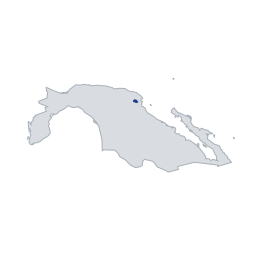 Mixtlán, Jalisco, Mexico (highlighted), rotated 164°
{"feature_id": "50627088B12343009678657", "entity_name": "Mixtlán", "entity_type": "district", "adm_level": 2, "iso_a3": "MEX", "parent_name": "Mexico", "parent_adm1": "Jalisco", "projection": "albers", "projection_center": [-104.454, 20.522], "detail": "fine", "context": "in_parent", "style": "filled", "palette": "blue", "viewbox_px": 256, "rotation_deg": 164, "n_neighbors": 0, "source": "geoboundaries", "source_scale": "gbopen_adm2", "svg_char_len": 4464}
<svg xmlns="http://www.w3.org/2000/svg" viewBox="0 0 256 256"><g transform="rotate(164 128 128)"><path d="M38.0,66.5L52.4,66.3L51.7,67.6L73.9,76.8L90.9,77.3L91.0,74.3L101.5,74.5L103.3,76.7L110.7,82.6L112.4,87.6L113.8,89.5L120.8,93.3L123.0,91.9L124.6,88.2L126.7,87.4L131.8,87.9L136.0,91.9L139.0,97.6L144.0,102.8L144.4,106.2L146.7,110.3L157.6,113.8L159.0,113.2L156.2,124.1L155.6,137.1L156.2,139.8L159.3,143.4L158.7,145.5L158.8,143.4L156.3,140.4L157.2,143.3L160.3,149.2L165.3,154.9L166.6,158.4L170.1,162.0L169.2,161.9L171.1,162.7L170.5,162.2L174.0,162.5L176.6,163.6L179.0,165.9L184.8,163.7L189.1,163.1L191.9,161.5L195.0,161.0L195.6,161.5L195.5,162.2L198.0,162.5L199.6,161.2L199.0,159.4L198.2,159.9L198.4,159.5L202.6,156.0L202.7,153.3L203.9,151.7L203.6,147.5L204.2,144.4L207.4,142.2L213.3,140.7L215.9,139.4L218.8,138.9L223.7,139.4L224.0,138.7L222.8,138.8L224.4,138.2L226.5,139.3L227.0,141.1L226.3,143.8L223.5,147.9L223.6,150.4L222.2,152.2L222.5,152.7L223.9,152.3L222.6,154.1L222.7,154.7L223.7,154.4L222.4,161.0L221.9,161.6L220.7,160.3L220.3,157.9L219.1,160.5L217.6,160.9L216.1,164.3L213.9,164.5L213.9,165.6L201.9,166.6L202.2,170.5L199.4,170.7L206.5,176.1L206.5,178.3L197.9,179.0L195.2,184.7L196.2,186.0L195.4,189.7L188.7,184.0L183.5,180.2L180.3,178.8L180.0,179.2L182.9,180.4L178.5,179.5L178.7,178.4L177.6,178.9L176.8,178.1L176.1,179.1L177.6,179.5L175.3,179.8L173.2,181.3L166.4,183.9L161.8,182.3L158.0,182.1L155.4,180.6L152.8,180.0L151.2,178.5L145.0,177.4L137.3,174.3L132.2,171.3L130.1,169.2L125.0,168.5L120.1,166.8L117.0,163.3L110.3,160.0L106.8,155.4L105.6,152.5L108.3,151.2L107.8,150.0L106.7,149.6L108.4,147.5L108.6,144.9L107.2,144.1L105.8,141.5L105.9,139.2L104.9,137.1L101.1,133.1L97.8,128.4L92.6,124.2L94.1,125.0L94.2,124.1L91.5,123.2L89.5,119.9L90.9,120.1L86.9,117.8L86.4,116.7L84.9,117.1L84.6,116.6L85.8,115.4L83.9,116.3L82.7,115.3L82.5,113.2L84.0,111.4L84.5,111.8L83.5,109.8L82.3,108.6L80.6,108.5L79.5,105.9L77.5,105.3L76.3,104.2L75.5,101.9L76.1,100.4L72.5,99.6L66.4,92.1L66.2,90.4L65.2,89.8L61.6,80.8L61.3,78.1L61.8,77.2L58.4,75.9L57.7,74.4L56.6,73.9L55.3,74.6L50.8,71.7L51.6,73.4L50.8,76.7L51.7,79.4L52.3,84.5L56.9,89.3L58.3,92.3L59.0,92.3L59.3,93.2L60.0,93.3L60.6,95.3L61.9,96.0L62.5,100.1L64.9,102.3L65.7,104.6L66.8,105.4L67.5,108.2L68.5,108.9L68.0,106.9L69.4,108.1L70.8,114.5L72.4,116.3L74.4,120.9L74.0,122.8L74.4,124.6L76.2,126.3L76.9,124.6L82.0,130.8L81.5,132.9L79.3,134.5L78.2,134.7L76.1,129.7L68.0,122.8L67.3,122.9L65.7,120.8L65.4,119.3L66.0,116.3L65.4,113.4L64.2,111.2L60.3,108.5L59.6,106.0L58.9,107.0L56.8,107.4L55.4,105.6L51.8,103.7L51.3,102.2L48.6,99.9L48.4,99.2L51.3,99.8L52.9,99.2L52.9,99.9L54.3,100.7L53.8,99.0L53.2,98.8L54.7,95.6L49.7,88.9L45.4,85.9L44.7,84.4L44.8,82.1L43.8,81.3L43.5,78.6L42.2,77.4L42.1,75.8L40.3,73.2L40.1,72.1L40.7,71.3L39.4,70.2L38.0,66.5ZM66.2,92.2L65.7,93.8L64.2,93.2L64.9,90.8L65.8,90.6L66.2,92.2ZM60.4,91.6L58.4,89.8L58.0,87.9L59.0,88.6L59.2,89.6L60.2,89.9L60.4,91.6ZM226.6,147.1L226.0,146.6L226.2,145.8L227.5,145.1L226.6,147.1ZM65.7,122.8L64.2,121.0L65.3,117.7L64.9,120.7L65.7,122.8ZM47.7,97.6L46.6,97.3L47.4,95.5L47.9,96.9L47.7,97.6ZM29.4,90.2L28.5,89.0L28.8,88.5L29.1,88.5L29.4,90.2ZM66.9,122.9L67.8,124.3L65.9,122.9L66.9,122.9ZM100.3,144.0L100.1,144.6L99.7,144.4L99.5,143.4L100.3,144.0ZM75.0,119.8L75.3,120.8L74.3,119.5L75.0,119.8ZM71.6,112.8L72.1,113.2L71.3,114.2L71.6,112.8ZM71.3,163.1L70.9,163.2L70.3,162.8L70.8,162.2L71.3,163.1ZM197.0,160.8L196.0,161.2L197.8,160.4L197.0,160.8ZM79.8,125.8L79.3,125.7L79.2,124.7L79.8,125.8Z" fill="#d9dde1" stroke="#a8b0b8" stroke-width="1"/><path d="M114.9,151.8L114.7,151.8L114.6,152.0L114.4,152.0L114.5,152.0L114.4,152.0L114.4,151.9L114.2,151.8L114.2,151.7L113.9,151.7L114.0,151.6L113.9,151.7L113.7,151.6L113.5,151.4L113.4,151.4L113.4,151.2L113.2,151.1L113.2,150.9L113.3,150.9L113.3,150.7L113.2,150.7L113.0,150.4L112.9,150.3L113.0,150.3L112.9,150.3L112.7,150.5L112.5,150.8L112.5,151.0L112.4,151.0L112.5,151.1L112.5,151.3L112.4,151.4L112.4,151.5L112.5,151.5L112.4,151.5L112.2,151.7L112.2,151.8L112.2,151.7L112.3,151.8L112.3,151.7L112.3,151.8L112.4,152.0L112.5,152.0L112.8,152.1L112.8,151.9L113.0,151.8L113.1,151.7L113.3,151.7L113.3,151.8L113.3,152.0L113.5,152.2L113.4,152.2L113.4,152.3L113.5,152.3L113.4,152.4L113.4,152.5L113.5,152.5L113.7,152.8L113.8,152.9L113.9,152.7L114.0,152.7L114.3,152.7L114.3,152.4L114.5,152.3L114.8,152.3L114.8,152.2L114.8,152.3L115.0,152.3L115.1,152.2L115.0,151.9L114.9,151.9L114.9,151.8Z" fill="#3b82f6" stroke="#1e3a8a" stroke-width="1.5"/></g></svg>